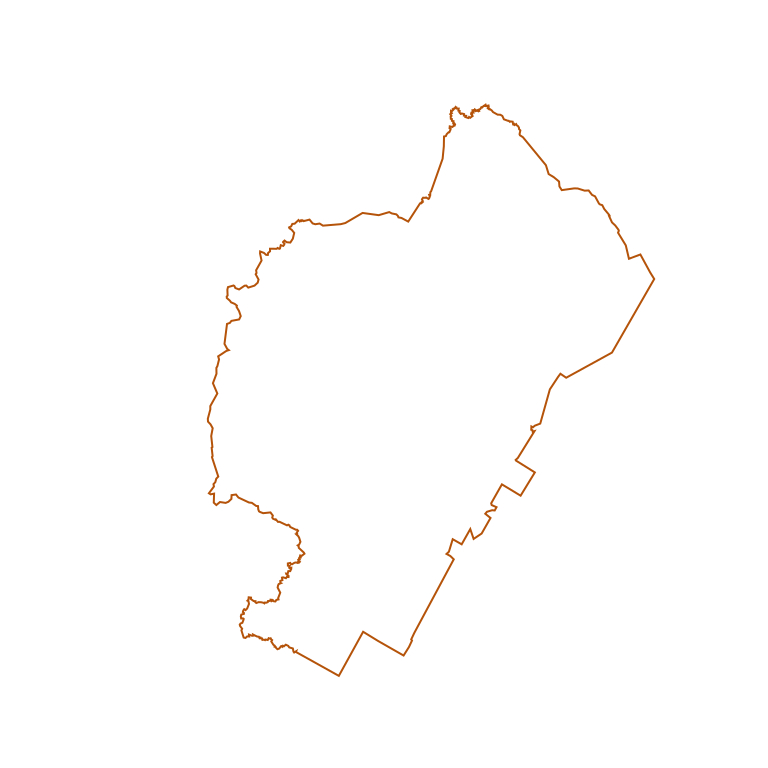 Drustu pag., Raunas, Latvia, rotated 128°
{"feature_id": "27541924B75967933450312", "entity_name": "Drustu pag.", "entity_type": "district", "adm_level": 2, "iso_a3": "LVA", "parent_name": "Latvia", "parent_adm1": "Raunas", "projection": "orthographic", "projection_center": [25.916, 57.238], "detail": "fine", "context": "isolated", "style": "outline", "palette": "amber", "viewbox_px": 768, "rotation_deg": 128, "n_neighbors": 0, "source": "geoboundaries", "source_scale": "gbopen_adm2", "svg_char_len": 6153}
<svg xmlns="http://www.w3.org/2000/svg" viewBox="0 0 768 768"><g transform="rotate(128 384 384)"><path d="M649.4,288.5L641.8,239.9L592.1,247.9L590.1,230.2L585.9,201.4L575.9,202.4L568.9,204.0L568.5,205.3L561.4,206.9L479.2,221.1L478.7,225.8L479.4,230.1L476.2,229.6L464.0,234.3L462.5,224.1L445.2,226.7L450.9,218.0L441.7,215.0L424.0,217.6L423.9,224.3L421.3,224.2L416.9,221.1L415.5,218.9L411.8,219.5L413.1,224.6L412.0,226.1L390.5,229.3L387.9,207.6L360.8,210.7L363.1,232.8L362.8,233.5L359.9,233.0L328.5,236.4L330.0,237.5L329.0,238.7L329.4,239.8L326.7,241.7L326.4,240.0L324.0,239.5L319.0,236.5L286.1,250.0L271.2,251.2L267.3,251.3L266.9,244.3L218.9,223.7L134.9,235.7L132.2,243.0L124.1,261.7L134.5,268.1L125.9,278.8L120.7,292.7L118.7,293.3L118.1,294.2L116.7,299.4L116.3,303.8L113.0,310.2L112.5,309.9L112.1,310.8L110.5,318.2L108.7,322.1L109.5,324.3L109.5,325.6L106.2,333.2L106.9,336.5L105.5,341.9L108.1,344.9L110.7,351.8L112.8,354.6L121.8,363.3L120.3,367.4L116.7,370.7L116.5,377.6L117.2,383.5L111.9,391.1L104.0,426.5L104.3,430.0L103.7,431.0L100.2,432.7L100.0,434.5L98.9,435.5L98.3,437.1L98.4,438.7L97.8,439.9L99.7,440.6L99.7,441.5L99.2,441.8L99.8,442.2L98.1,444.1L99.2,446.0L99.9,446.2L99.8,447.8L100.2,448.1L101.6,452.5L99.9,455.8L100.2,458.1L101.8,460.3L102.6,465.5L102.1,467.5L102.2,470.1L102.8,470.2L102.8,472.0L101.1,472.1L100.2,473.1L101.7,474.3L101.9,475.2L101.4,475.9L102.8,476.3L102.8,475.6L103.5,476.7L105.7,476.9L105.9,477.7L108.0,477.4L109.9,478.5L110.3,477.1L111.0,477.4L111.2,478.9L112.3,479.6L111.6,480.5L111.7,481.2L112.6,480.5L113.4,481.3L112.9,482.0L113.8,482.8L115.0,480.7L116.1,482.2L117.0,482.0L117.8,481.4L117.9,480.8L117.3,480.5L118.2,479.9L118.3,479.2L121.2,480.0L121.2,481.4L122.5,481.3L123.5,484.2L122.2,484.5L123.3,486.3L122.0,487.1L122.7,488.8L123.8,489.7L123.5,490.1L123.8,490.6L123.5,491.9L122.3,492.4L122.8,493.7L121.0,494.7L122.2,496.3L121.6,497.1L122.4,497.5L122.0,498.1L124.6,498.2L124.5,498.9L125.2,499.1L125.9,498.3L127.5,498.5L127.6,499.3L128.4,498.7L128.0,498.3L128.8,498.0L128.9,497.3L130.6,497.9L131.2,495.9L132.2,496.1L133.9,494.6L133.4,493.7L134.8,492.5L134.1,491.0L135.7,490.2L135.2,489.2L135.7,487.8L136.8,487.5L137.1,488.5L137.9,488.0L139.4,488.4L140.5,490.8L142.1,489.8L141.9,488.6L142.6,488.2L145.4,487.5L145.9,488.1L148.5,488.4L150.6,487.9L152.0,489.1L160.0,483.1L170.4,476.5L203.2,465.5L204.3,465.6L206.7,463.9L207.2,464.7L208.1,463.3L210.1,462.7L210.8,462.9L211.1,465.7L211.9,466.1L213.1,467.9L215.1,467.8L215.9,466.2L217.3,466.3L217.1,465.6L218.8,465.9L219.5,466.8L241.1,464.9L242.4,472.5L243.8,475.2L243.0,476.5L242.7,478.7L244.8,482.9L245.3,485.7L254.2,492.1L262.4,506.2L281.0,513.6L284.7,516.5L296.8,529.6L297.2,533.5L300.4,536.5L301.4,539.1L300.3,543.9L305.0,547.5L304.8,547.9L305.7,548.8L305.5,549.3L306.4,549.5L306.2,550.2L307.8,550.4L307.4,552.3L312.7,553.1L314.3,554.8L316.9,554.2L319.0,555.2L319.5,554.4L319.3,551.6L320.2,547.8L325.6,545.3L330.2,544.9L332.2,548.0L332.2,550.7L334.1,551.0L334.5,550.7L334.6,548.9L335.6,548.4L337.2,548.4L338.2,550.8L341.3,549.4L342.0,549.8L342.3,551.6L343.5,551.8L347.6,557.1L349.6,555.5L352.1,556.0L353.8,555.0L354.8,556.4L354.6,559.3L355.8,563.2L357.4,562.1L362.1,556.5L373.1,554.8L375.0,552.8L376.5,552.7L378.9,547.2L381.9,545.9L386.2,546.6L391.6,550.3L391.2,553.1L392.4,554.4L398.7,556.4L399.9,560.2L398.9,562.2L399.0,563.2L403.7,566.6L406.1,565.5L410.6,561.7L411.9,561.8L413.0,560.8L413.2,556.9L413.8,554.8L412.8,551.0L412.8,548.2L414.0,547.7L415.8,543.1L418.7,538.7L422.3,537.9L428.2,543.1L430.8,543.1L433.3,544.7L450.6,534.4L452.9,529.1L452.9,527.2L455.0,528.6L464.3,531.7L466.2,529.1L472.5,526.3L474.5,526.0L479.1,522.3L488.7,519.3L494.1,509.5L508.3,507.3L511.0,505.2L519.9,501.4L522.0,499.5L522.6,495.8L524.3,491.8L531.4,488.1L539.3,480.4L540.3,480.6L546.3,474.7L547.5,474.6L559.0,457.6L561.8,457.9L565.2,456.5L567.9,456.7L569.5,454.9L577.9,454.7L577.7,452.7L575.0,450.4L582.3,445.1L582.6,441.6L578.0,440.6L575.2,435.6L572.6,434.1L568.5,433.5L565.4,435.7L562.2,432.6L563.1,428.8L560.5,417.4L559.0,415.0L558.8,409.7L557.8,408.1L560.2,405.9L561.3,404.1L561.2,403.0L560.2,399.7L555.1,394.4L556.1,390.6L558.1,389.8L558.5,388.5L557.8,385.8L557.3,385.8L557.9,382.6L556.9,381.5L555.1,373.4L553.8,372.8L553.6,371.4L554.3,370.5L554.3,369.4L553.1,363.7L552.3,362.7L552.6,361.3L554.8,361.3L555.4,360.3L556.4,360.9L556.7,357.8L557.4,356.2L559.8,352.7L562.9,352.0L564.3,352.6L564.4,351.4L565.6,350.2L566.2,343.3L566.7,342.2L569.9,343.0L570.7,344.5L571.5,344.1L571.7,343.0L572.1,342.8L573.0,343.8L573.6,343.7L574.2,342.4L575.3,343.3L576.2,342.0L576.0,340.9L576.9,340.9L577.2,341.1L576.9,342.3L578.2,342.0L578.8,343.5L580.0,344.5L582.7,345.5L583.2,346.6L582.7,347.7L584.6,349.3L586.3,347.9L585.4,346.3L587.2,345.6L587.3,344.9L585.9,343.9L586.9,343.2L589.2,342.7L590.4,344.2L592.8,343.1L593.6,344.4L594.0,343.8L594.0,341.0L594.9,340.4L595.9,341.8L597.4,341.7L598.5,344.5L599.4,345.2L601.1,343.3L603.0,344.5L604.5,343.2L604.4,342.6L606.5,343.8L607.9,343.5L609.9,342.5L612.3,337.3L617.9,335.6L618.7,334.5L620.4,335.9L622.2,335.7L623.0,336.9L623.2,337.8L622.9,338.3L624.0,338.8L623.1,339.5L623.8,340.6L624.7,340.0L626.5,341.8L627.5,341.3L628.9,342.2L629.5,343.3L630.5,343.2L630.6,344.3L631.6,346.4L633.1,348.5L635.2,349.8L635.1,351.2L634.3,351.6L635.3,353.1L635.4,356.6L634.2,357.3L635.4,359.3L637.3,358.1L638.8,358.2L638.6,357.1L640.4,355.0L645.2,353.6L647.4,353.9L647.4,355.4L647.7,355.6L649.5,355.3L650.6,354.8L650.6,353.5L651.4,352.9L653.6,354.5L655.2,353.8L656.7,352.2L655.5,350.8L655.4,350.1L656.1,349.6L659.4,348.6L661.1,349.6L662.5,349.5L663.4,348.2L664.2,345.1L665.9,344.7L670.2,338.5L669.4,336.8L667.1,336.4L666.0,334.8L664.6,336.1L663.6,332.9L662.6,331.9L662.0,332.7L661.2,328.7L660.2,326.9L660.9,325.6L659.8,325.1L660.2,324.2L659.6,323.5L660.5,322.3L659.3,321.1L659.1,320.0L658.2,319.9L657.3,318.0L655.3,318.4L654.8,316.9L654.2,316.7L654.7,315.6L654.7,314.5L656.3,314.3L657.6,310.6L657.5,309.0L658.4,308.5L657.9,307.5L658.3,307.0L658.6,304.7L657.0,303.7L653.9,303.7L653.6,303.4L653.7,302.4L652.5,302.5L652.4,301.4L649.9,300.9L649.3,298.2L649.9,296.5L648.5,293.0L650.6,290.6L650.9,289.5L648.7,288.7L649.4,288.5Z" fill="none" stroke="#b45309" stroke-width="2"/></g></svg>